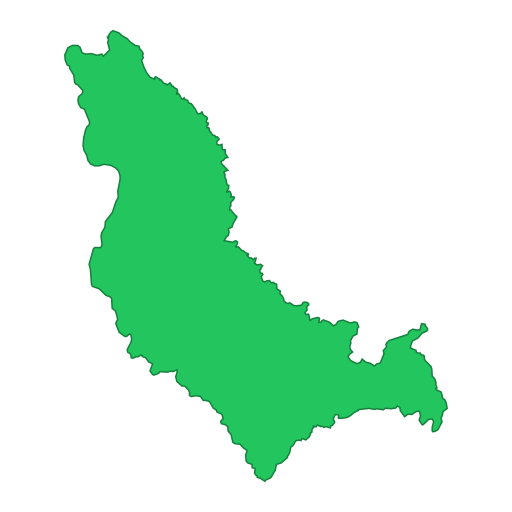 Pedra Branca do Amapari, Amapá, Brazil
{"feature_id": "56859067B11147941217560", "entity_name": "Pedra Branca do Amapari", "entity_type": "district", "adm_level": 2, "iso_a3": "BRA", "parent_name": "Brazil", "parent_adm1": "Amapá", "projection": "albers", "projection_center": [-52.393, 1.236], "detail": "fine", "context": "isolated", "style": "filled", "palette": "green", "viewbox_px": 512, "rotation_deg": 0, "n_neighbors": 0, "source": "geoboundaries", "source_scale": "gbopen_adm2", "svg_char_len": 6014}
<svg xmlns="http://www.w3.org/2000/svg" viewBox="0 0 512 512"><path d="M229.7,210.0L229.8,207.0L230.9,205.9L230.7,202.6L233.7,199.3L234.4,197.6L233.8,196.9L230.6,196.8L231.3,194.9L230.3,191.9L229.2,191.1L227.0,192.2L226.8,191.3L228.5,188.5L228.8,185.4L227.1,184.8L226.0,179.3L224.9,177.4L225.0,174.6L223.8,172.3L225.0,171.2L227.9,170.3L221.4,163.5L221.2,161.5L222.2,160.6L223.3,160.5L225.1,158.1L227.8,157.5L225.3,153.5L225.2,149.7L222.8,149.8L222.1,148.4L222.0,144.4L219.1,145.2L216.8,144.1L216.8,141.5L219.1,139.3L218.7,138.2L217.1,136.7L215.8,137.3L214.8,135.5L212.5,135.1L210.9,132.2L209.2,130.7L209.3,128.5L208.2,127.4L206.9,127.7L206.8,125.3L208.0,124.9L208.4,123.1L206.4,122.4L206.4,120.2L207.4,119.3L207.0,117.2L203.2,114.8L202.0,111.9L201.2,112.4L201.1,113.5L197.6,113.7L195.4,109.3L191.3,103.7L188.5,102.9L187.7,100.4L185.2,99.6L184.1,97.8L183.1,99.3L181.5,98.6L179.4,94.6L178.1,93.4L176.9,94.1L176.4,93.2L177.7,91.6L176.9,89.0L173.7,87.4L173.5,86.4L171.6,86.1L171.7,85.2L170.0,82.8L167.4,85.0L166.9,84.2L164.0,83.6L160.8,79.6L159.9,80.0L159.2,78.8L155.7,76.8L154.8,77.3L154.7,79.2L150.2,77.3L146.6,72.7L144.3,68.1L141.6,60.5L143.3,57.6L142.5,55.6L143.2,53.9L142.5,52.0L139.7,48.7L139.0,46.2L135.1,45.4L130.1,41.9L127.2,38.6L122.3,35.9L118.8,32.8L113.0,30.7L111.0,31.9L108.5,35.5L108.5,37.3L107.5,37.1L108.7,40.0L107.6,42.1L109.6,50.0L103.4,56.2L101.8,54.1L96.9,55.3L91.5,53.6L86.5,54.1L83.0,53.3L82.1,52.8L80.0,47.2L77.8,45.5L72.5,45.4L67.9,47.7L64.8,54.9L65.2,60.0L67.2,65.0L69.5,66.0L69.6,68.2L73.8,75.2L74.6,82.5L75.8,84.1L77.7,84.8L82.7,90.4L82.7,92.4L81.7,94.1L79.0,96.3L78.4,97.6L77.9,100.5L78.6,103.8L80.9,107.7L84.4,109.2L89.5,121.7L89.3,124.7L86.9,126.9L85.5,130.2L83.7,137.8L83.0,145.4L84.1,150.6L86.7,155.1L87.9,160.3L90.6,164.0L94.9,165.9L99.1,165.8L103.9,164.3L110.7,165.3L115.6,167.9L117.5,169.8L118.6,171.1L120.0,175.5L120.1,179.3L117.8,191.2L118.3,197.4L115.9,201.7L112.3,212.6L105.4,221.5L104.9,227.2L101.7,232.8L101.0,236.3L102.0,243.8L101.6,246.1L100.5,247.7L94.9,247.5L93.5,248.6L89.1,264.3L90.4,269.3L91.5,284.2L92.4,286.4L99.1,288.7L106.0,295.4L109.5,296.5L111.6,298.3L112.2,308.4L115.4,310.9L116.9,315.8L117.6,319.7L115.9,322.7L115.9,323.9L119.2,332.3L124.7,336.4L126.5,336.5L129.3,334.1L131.0,334.8L131.6,339.5L131.0,342.3L127.2,349.6L127.8,352.3L130.0,353.5L130.9,355.1L131.2,357.8L132.9,358.2L136.1,356.8L137.9,356.8L141.2,355.0L142.8,356.8L145.7,357.7L148.7,362.0L152.6,363.8L150.0,371.0L152.7,374.6L154.0,375.1L158.5,373.4L159.9,371.7L167.5,372.1L171.8,371.0L173.0,371.7L176.8,369.8L177.2,371.8L175.7,376.8L176.9,381.5L181.7,385.9L184.9,386.2L188.5,390.0L189.6,392.5L189.4,395.0L190.2,396.0L191.5,396.6L195.6,395.7L200.5,396.4L203.2,400.4L206.4,400.5L209.5,401.6L213.3,408.2L216.1,409.8L217.1,412.2L221.3,413.9L222.3,415.3L223.1,418.5L220.6,421.4L220.7,422.2L221.6,423.8L225.4,424.7L227.8,426.7L228.1,431.1L231.1,434.6L232.8,442.2L234.7,443.6L240.1,444.3L243.0,447.6L246.7,450.2L247.0,451.3L245.7,454.7L246.1,461.0L247.7,462.9L252.1,464.4L252.1,467.7L255.2,468.6L254.6,473.0L255.6,474.9L256.9,475.7L257.3,477.4L260.4,478.3L264.9,481.3L265.1,480.4L270.8,477.7L275.2,470.4L276.4,464.4L281.3,462.9L287.5,457.5L287.4,456.5L289.6,452.9L290.8,447.1L293.0,445.6L295.8,440.8L298.5,440.1L301.0,440.6L302.0,438.5L305.8,439.9L309.1,437.0L310.5,434.4L310.3,433.3L311.9,432.1L312.0,429.4L313.8,427.2L313.3,426.3L316.0,426.8L317.3,424.9L319.0,426.0L319.9,425.7L320.4,426.5L323.1,426.5L323.8,427.4L325.8,426.6L330.4,427.9L330.8,425.9L332.6,425.2L334.7,422.4L333.3,418.9L335.2,414.7L338.2,414.7L338.9,415.9L338.2,417.3L338.5,418.2L341.6,418.3L346.9,417.5L350.1,415.9L354.3,412.4L358.3,410.5L358.4,409.6L369.0,408.4L374.5,409.4L377.0,408.8L383.3,409.8L385.3,408.2L391.2,408.7L395.6,408.1L397.4,406.0L399.9,407.5L400.3,410.7L404.6,416.7L407.9,414.2L411.9,414.5L415.7,411.8L418.6,411.1L419.5,411.5L420.5,416.1L419.1,420.1L421.9,424.5L423.0,424.8L429.0,419.2L432.2,419.1L433.7,421.5L432.3,426.6L432.1,430.5L432.7,431.7L435.0,431.4L438.0,429.6L442.1,421.7L440.9,418.1L442.1,416.0L443.1,411.5L447.2,408.5L446.2,402.8L444.6,399.5L443.4,399.0L442.0,396.9L442.3,396.0L441.1,392.0L436.2,389.7L436.1,388.5L437.0,387.8L435.7,384.4L436.0,382.7L434.6,378.7L432.2,376.1L431.8,369.1L431.0,366.5L425.3,360.7L424.3,358.7L424.2,356.0L423.6,355.2L421.5,355.0L420.1,353.0L417.4,353.0L416.4,352.4L416.1,350.4L410.5,348.0L410.8,345.2L412.4,341.1L418.0,337.9L422.2,333.1L426.3,331.3L427.7,329.9L427.4,328.4L425.2,325.6L425.2,324.3L421.5,323.7L420.0,329.8L417.3,330.1L412.8,329.2L409.1,331.3L407.7,334.5L389.4,340.4L386.9,342.6L385.9,344.4L386.6,346.9L383.3,350.6L384.0,353.8L380.3,362.9L376.6,364.0L374.5,366.0L370.4,363.3L365.9,362.2L362.1,359.1L360.4,362.4L356.9,363.6L350.7,360.6L348.1,356.9L349.4,354.4L352.6,352.0L350.3,349.4L350.0,348.0L349.9,345.8L350.9,343.1L350.4,341.0L352.8,336.2L356.9,334.1L357.4,328.5L358.7,327.0L357.0,322.6L354.5,321.9L350.4,323.0L343.3,320.2L342.1,320.3L338.2,321.3L335.8,324.6L333.4,325.8L330.0,322.5L323.7,319.9L322.1,320.5L320.7,322.3L318.7,322.4L319.6,318.8L319.1,317.9L317.9,317.5L313.9,318.3L311.4,319.3L310.6,320.4L309.8,320.3L308.8,314.8L308.2,314.1L306.0,314.6L304.9,312.8L307.1,309.9L306.6,306.8L308.8,304.8L308.5,303.4L306.8,302.3L304.1,302.1L303.1,302.5L301.5,305.2L296.0,305.8L293.6,305.4L289.9,302.8L288.0,303.5L286.0,302.8L283.9,300.7L283.6,298.6L281.9,295.5L280.0,294.0L280.3,291.0L276.9,288.9L276.6,284.1L274.2,283.3L273.3,282.3L271.1,282.8L269.5,280.5L266.8,280.8L264.8,282.0L262.7,280.9L261.3,276.6L262.8,274.3L262.2,273.3L260.3,273.0L259.6,270.0L260.7,269.5L261.2,267.5L262.6,265.8L260.5,264.3L257.0,264.9L254.3,263.1L255.2,261.8L256.1,258.2L254.5,258.2L253.5,259.7L251.1,257.8L249.4,258.1L247.0,255.2L248.4,254.9L248.3,253.7L245.4,252.7L243.4,250.8L241.8,250.5L238.4,246.8L236.3,247.1L235.6,246.5L236.9,244.8L237.6,242.1L236.0,240.8L233.9,241.4L233.4,242.3L224.2,240.7L226.5,236.7L228.1,235.7L229.1,232.3L228.4,228.7L232.0,227.2L233.1,223.5L236.9,217.0L236.7,216.1L235.8,216.0L230.8,209.9L229.7,210.0Z" fill="#22c55e" stroke="#15803d" stroke-width="1.5"/></svg>